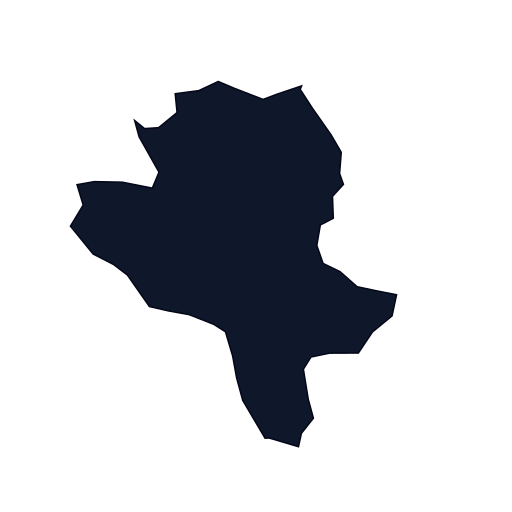 outline of Hörby, Skåne, Sweden, rotated 55°
{"feature_id": "70781695B77585109803763", "entity_name": "Hörby", "entity_type": "district", "adm_level": 2, "iso_a3": "SWE", "parent_name": "Sweden", "parent_adm1": "Skåne", "projection": "natural_earth1", "projection_center": [13.763, 55.867], "detail": "fine", "context": "isolated", "style": "filled", "palette": "ink", "viewbox_px": 512, "rotation_deg": 55, "n_neighbors": 0, "source": "geoboundaries", "source_scale": "gbopen_adm2", "svg_char_len": 857}
<svg xmlns="http://www.w3.org/2000/svg" viewBox="0 0 512 512"><g transform="rotate(55 256 256)"><path d="M142.8,121.1L135.5,145.9L131.8,160.4L106.1,177.6L91.4,186.8L87.7,208.0L76.7,229.1L93.2,238.4L95.0,262.2L87.7,274.2L75.4,277.7L91.3,283.4L131.7,287.4L140.9,302.0L118.8,323.2L102.3,345.8L94.9,361.7L115.1,368.3L125.1,390.9L161.0,388.3L181.2,377.6L197.8,372.3L236.3,372.3L251.0,359.0L265.7,344.4L287.8,329.8L300.6,324.5L324.5,332.5L344.7,341.8L366.7,349.7L410.4,353.1L412.6,349.7L436.6,330.6L427.3,320.5L421.8,302.0L403.4,295.4L375.9,282.1L370.3,268.9L377.7,251.6L394.2,227.8L385.0,204.0L383.1,178.9L368.4,163.1L351.9,178.9L339.1,190.8L317.1,196.1L300.6,205.3L282.2,200.1L267.5,185.5L269.4,171.0L251.0,159.1L247.5,143.3L236.4,140.2L220.0,126.7L200.0,125.0L167.2,125.0L144.9,124.2L142.8,121.1Z" fill="#0f172a" stroke="#020617" stroke-width="1.5"/></g></svg>